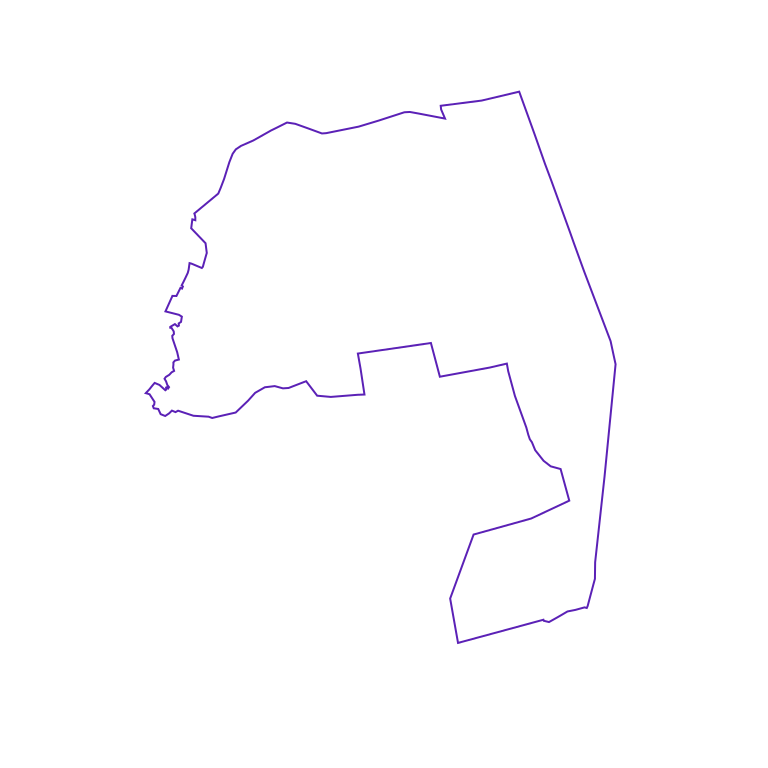 Municipal Area Council, Federal Capital Territory, Nigeria, rotated 341°
{"feature_id": "59680162B38183120701356", "entity_name": "Municipal Area Council", "entity_type": "district", "adm_level": 2, "iso_a3": "NGA", "parent_name": "Nigeria", "parent_adm1": "Federal Capital Territory", "projection": "natural_earth1", "projection_center": [7.293, 8.887], "detail": "fine", "context": "isolated", "style": "outline", "palette": "violet", "viewbox_px": 768, "rotation_deg": 341, "n_neighbors": 0, "source": "geoboundaries", "source_scale": "gbopen_adm2", "svg_char_len": 2362}
<svg xmlns="http://www.w3.org/2000/svg" viewBox="0 0 768 768"><g transform="rotate(341 384 384)"><path d="M573.3,519.5L584.7,494.6L609.4,440.7L610.5,431.3L611.2,425.5L612.2,417.3L609.9,343.2L609.8,338.1L609.4,313.1L609.3,301.4L608.4,246.7L607.9,228.2L607.7,197.7L607.6,190.2L607.0,151.6L568.6,147.8L528.2,139.4L527.4,143.0L527.9,150.0L528.1,152.9L504.7,139.5L497.0,135.2L491.7,133.7L464.6,133.2L443.8,132.4L411.0,128.0L406.9,126.9L395.8,117.9L384.8,109.1L377.4,105.2L366.3,106.7L359.1,107.6L358.8,107.7L339.7,111.2L326.3,112.3L320.3,113.9L315.9,117.0L310.0,123.9L299.6,138.0L293.5,145.3L289.3,150.0L282.7,152.5L260.2,161.0L260.2,162.0L260.0,164.2L259.8,165.2L258.9,167.7L257.5,166.7L256.6,166.0L256.4,165.9L252.4,174.0L261.1,192.8L259.1,202.4L257.6,204.5L253.0,211.1L250.9,214.2L249.5,215.0L242.5,208.7L241.0,207.4L239.5,206.4L236.5,212.3L234.6,215.1L230.6,219.2L227.3,222.5L224.8,224.9L225.6,226.3L224.1,228.0L222.9,226.8L216.4,233.2L212.6,231.8L212.2,232.3L201.0,244.2L212.6,251.8L214.8,254.5L212.3,259.2L209.6,259.9L209.1,262.0L207.5,262.3L205.8,259.3L200.5,260.4L200.2,261.2L201.4,261.9L202.3,265.8L201.7,268.3L199.5,269.5L198.9,271.9L198.8,286.6L198.0,294.1L194.0,293.8L191.9,295.0L191.3,296.9L189.9,299.9L189.8,303.3L187.0,303.8L184.0,305.4L180.0,306.3L178.2,307.6L178.8,310.6L178.8,314.4L179.7,317.0L178.5,317.9L177.7,316.3L176.8,316.4L176.4,318.3L175.2,318.7L171.4,311.8L167.5,308.3L164.8,309.9L162.7,311.2L161.5,312.0L160.2,312.8L156.5,314.7L155.8,315.1L157.3,316.1L159.0,317.4L161.2,326.2L160.0,328.7L158.3,329.6L158.4,332.0L162.4,334.1L163.0,339.8L164.6,341.2L166.7,343.0L171.3,341.8L174.8,340.1L177.7,342.7L180.6,342.2L193.5,352.0L207.5,357.8L210.5,360.2L216.9,360.8L234.5,362.7L249.9,355.6L259.3,350.4L270.3,348.3L275.3,349.4L280.0,350.4L287.0,355.2L292.5,356.7L297.6,356.5L311.3,356.0L317.0,373.3L329.5,378.9L355.5,385.6L362.1,387.6L366.8,362.0L369.2,346.7L441.7,360.5L439.2,395.3L489.5,402.9L506.8,404.7L505.6,412.4L503.9,437.9L504.4,471.5L503.9,479.0L503.9,483.7L504.7,486.6L504.9,487.1L505.4,495.8L509.9,508.6L514.8,516.1L523.3,521.9L521.2,554.6L479.4,559.1L419.7,555.5L376.7,608.4L369.7,652.9L458.0,658.8L458.0,659.9L462.5,662.8L471.9,661.1L477.0,660.1L483.4,658.8L491.4,659.9L500.9,660.5L502.8,661.8L504.3,660.2L509.6,652.3L517.4,640.7L520.0,636.9L525.6,621.3L562.4,543.3L573.3,519.5Z" fill="none" stroke="#5b21b6" stroke-width="2"/></g></svg>